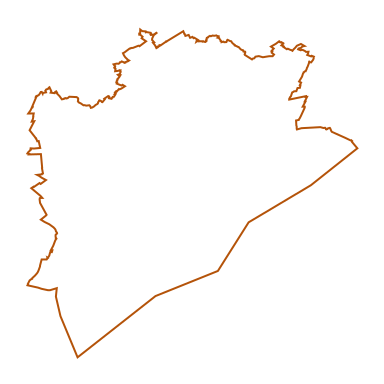 Waadhoeke, Friesland, Netherlands, rotated 179°
{"feature_id": "6326949B95625047897274", "entity_name": "Waadhoeke", "entity_type": "district", "adm_level": 2, "iso_a3": "NLD", "parent_name": "Netherlands", "parent_adm1": "Friesland", "projection": "robinson", "projection_center": [5.61, 53.246], "detail": "fine", "context": "isolated", "style": "outline", "palette": "amber", "viewbox_px": 384, "rotation_deg": 179, "n_neighbors": 0, "source": "geoboundaries", "source_scale": "gbopen_adm2", "svg_char_len": 6005}
<svg xmlns="http://www.w3.org/2000/svg" viewBox="0 0 384 384"><g transform="rotate(179 192 192)"><path d="M230.3,88.6L167.5,112.6L135.9,160.7L73.0,196.7L25.9,232.8L31.1,239.2L30.9,240.1L31.7,240.8L31.9,240.5L37.9,243.5L51.1,249.7L51.5,250.2L52.8,253.4L53.1,253.7L54.9,253.3L55.5,252.6L56.6,252.2L57.0,252.4L57.3,253.4L57.8,253.9L59.5,253.7L62.5,254.6L81.4,253.9L86.0,252.7L86.2,253.3L86.2,255.9L86.5,256.5L86.7,261.7L84.0,262.2L84.0,262.6L83.2,263.5L81.9,265.9L78.0,274.0L77.7,275.1L77.8,275.4L79.8,275.4L77.0,280.4L77.7,280.5L75.3,285.1L76.3,285.1L76.1,285.4L76.2,285.9L93.2,282.7L93.2,283.4L92.1,285.4L91.5,285.8L90.1,289.8L88.8,290.4L88.2,290.9L85.9,291.0L84.7,294.1L82.3,294.3L81.7,296.8L82.3,297.0L81.0,299.5L83.0,300.6L80.0,305.4L78.9,308.6L77.8,309.9L77.9,310.0L76.5,311.0L76.2,310.9L75.1,313.2L75.0,313.9L74.2,315.3L72.7,319.1L72.7,320.0L72.5,320.3L71.7,319.7L70.6,319.5L68.5,322.2L68.0,323.6L68.1,324.7L67.8,325.2L70.0,326.1L70.5,325.5L74.4,327.0L73.5,328.6L73.1,330.2L75.6,330.1L76.6,331.0L78.8,332.1L79.9,332.2L80.8,331.8L83.4,332.8L83.0,333.6L80.4,334.3L79.1,335.6L77.0,336.0L80.5,338.1L84.6,336.4L86.3,334.4L88.1,332.7L89.1,331.4L90.3,332.2L91.0,332.3L93.7,333.6L94.7,333.1L98.0,335.4L97.6,335.8L97.9,336.2L100.0,337.0L99.2,337.9L98.0,338.8L98.1,339.2L99.4,339.6L99.8,340.2L100.4,339.9L101.9,340.4L101.8,340.9L102.2,341.2L105.6,338.7L110.5,336.0L107.8,334.0L110.0,331.6L109.2,331.2L109.9,329.9L107.6,328.0L109.0,326.4L112.7,326.4L118.8,325.5L122.8,326.7L126.2,326.2L127.4,324.6L128.9,324.3L129.7,323.5L136.7,328.1L137.0,328.7L136.3,330.4L136.4,331.3L138.1,331.5L138.3,332.0L138.2,332.5L138.4,332.8L140.0,333.3L140.9,333.9L142.9,336.2L144.0,336.4L144.5,336.9L146.6,337.7L146.6,338.2L147.1,338.3L147.5,339.0L148.5,339.7L149.4,340.7L150.1,342.0L151.4,342.3L153.8,343.6L154.0,343.5L155.0,341.3L157.2,341.2L157.9,341.8L159.8,341.3L159.8,341.6L160.4,342.1L160.1,342.3L161.6,344.2L162.1,345.4L163.6,345.8L163.0,346.3L162.6,347.2L164.7,347.8L164.9,348.1L167.2,347.8L168.6,348.1L170.4,347.4L171.3,347.8L173.0,346.9L173.2,346.3L174.5,345.9L175.1,344.0L174.7,344.0L174.8,343.2L174.9,342.8L175.5,342.9L175.9,341.8L176.8,341.9L178.3,342.6L178.7,342.1L180.1,342.6L182.7,342.5L182.7,343.2L183.4,343.3L185.0,342.2L184.6,343.5L183.8,344.2L187.0,346.2L187.8,345.8L188.8,347.1L191.2,346.2L192.6,349.1L195.9,348.2L196.6,350.2L196.9,350.2L197.9,352.9L214.3,343.3L215.2,343.1L215.2,342.7L215.5,342.7L219.7,339.9L219.9,340.2L219.8,339.9L220.6,339.4L221.6,339.4L221.4,338.9L223.3,338.2L223.1,338.0L224.3,337.5L224.0,337.1L225.1,336.5L226.4,339.3L228.4,341.9L227.2,342.3L229.3,344.8L229.1,346.3L227.5,349.5L224.7,351.6L224.9,351.8L227.5,349.9L228.0,350.1L230.4,349.7L230.8,350.2L230.2,351.4L230.5,351.9L234.7,352.7L235.4,352.5L235.5,353.4L238.9,353.7L240.9,355.3L241.1,351.3L242.0,351.3L242.0,350.2L240.9,350.1L238.7,348.1L239.7,346.6L235.3,343.5L241.9,338.7L242.5,339.2L243.0,339.2L248.6,337.1L249.9,337.1L251.1,336.8L251.1,336.6L252.2,336.3L257.0,332.8L258.6,332.0L257.7,329.9L256.4,327.9L253.6,325.1L252.7,324.6L253.2,324.3L253.5,324.5L254.1,324.1L253.9,323.8L254.1,323.7L256.4,323.0L256.4,322.5L257.3,322.3L258.1,322.9L260.0,323.8L261.0,323.0L261.9,322.9L262.0,322.4L263.1,321.5L265.0,321.7L268.2,321.0L267.6,320.1L266.6,319.2L266.7,318.4L267.3,318.1L267.6,317.6L266.3,316.5L266.6,315.5L266.4,315.3L266.7,314.1L263.9,314.4L262.3,315.0L262.1,314.5L261.4,314.7L261.5,313.9L261.2,313.4L262.0,311.8L262.0,311.2L264.1,310.5L262.6,309.0L262.1,309.2L262.9,307.9L264.5,306.3L264.3,306.2L264.3,305.8L264.8,304.8L265.3,304.4L265.7,303.1L264.9,302.8L265.4,301.7L260.6,299.7L259.6,300.4L257.2,298.9L260.9,296.6L262.8,295.9L263.3,296.2L265.4,293.8L266.0,294.2L267.3,292.9L266.7,292.3L267.5,291.4L266.7,291.3L266.8,291.0L268.4,288.6L269.6,288.5L269.9,287.6L270.7,287.3L270.9,286.6L273.3,287.2L273.0,287.9L273.2,288.1L273.0,288.5L273.2,289.0L274.1,289.4L278.1,286.8L277.6,286.2L280.0,283.4L280.5,283.5L281.4,284.6L282.8,285.3L283.3,285.1L283.5,284.3L284.3,283.4L284.5,282.3L285.0,281.7L286.9,280.7L288.4,279.3L290.3,278.2L291.7,277.9L292.3,279.6L293.1,280.5L296.3,280.2L297.8,280.7L299.0,280.6L301.6,282.5L303.8,283.6L304.4,284.6L304.2,284.8L304.4,285.8L304.1,287.0L304.4,287.9L305.7,288.9L313.0,289.4L314.7,288.0L316.2,287.7L316.6,288.1L318.1,287.8L318.4,287.3L320.5,286.9L322.8,290.2L325.9,293.5L325.3,293.8L326.0,295.0L327.1,294.4L327.7,293.2L331.6,293.8L330.9,295.2L332.7,299.2L333.5,298.7L333.9,297.8L334.6,297.4L335.8,297.2L336.3,296.7L336.6,296.0L336.8,295.9L336.2,294.2L339.4,293.6L339.6,292.9L340.5,294.7L341.5,294.6L343.1,292.0L345.3,290.5L345.5,290.8L346.2,290.5L346.5,289.9L346.0,289.8L350.6,279.4L350.0,279.4L350.1,279.2L350.8,278.9L352.1,276.3L354.2,273.5L353.7,273.4L353.8,273.3L348.9,273.3L349.5,270.6L349.3,270.4L349.8,267.8L351.0,265.2L348.5,265.5L353.3,256.6L349.6,251.7L348.2,249.9L347.1,248.1L346.9,248.2L345.8,245.4L344.4,245.6L343.0,238.7L349.3,238.2L352.6,238.5L352.7,237.8L352.6,237.7L352.9,237.1L352.6,236.9L355.1,234.6L355.9,233.4L354.1,232.9L354.4,232.4L342.4,232.5L341.4,218.8L341.6,218.6L340.7,213.1L341.9,212.6L341.7,212.5L341.8,212.3L346.5,211.8L344.6,210.8L342.2,209.0L337.8,206.5L343.2,202.7L344.3,203.6L350.0,199.8L350.3,200.1L352.6,198.6L343.5,190.7L341.8,188.7L344.0,188.7L344.3,188.5L344.5,187.2L344.1,183.7L337.8,171.7L338.3,171.1L343.6,167.0L339.9,164.6L335.2,162.2L331.0,159.0L329.5,157.3L329.0,156.3L328.7,155.0L327.8,153.8L327.6,153.1L328.1,152.4L329.0,151.8L329.2,150.6L329.1,149.1L328.4,147.8L329.0,147.5L328.9,147.0L329.6,145.9L331.7,140.6L334.1,136.3L332.6,136.2L333.2,134.3L335.5,134.5L334.8,134.2L334.9,133.9L335.1,134.0L335.0,133.9L335.8,130.9L336.6,129.7L336.7,129.8L336.6,129.7L337.1,128.8L337.3,128.9L337.2,128.7L337.6,128.5L337.5,128.4L338.5,127.1L343.5,127.2L345.2,121.2L345.3,120.1L346.9,116.0L347.7,114.4L348.5,113.3L350.5,111.1L353.2,108.7L353.3,108.0L354.2,107.7L355.9,106.4L357.7,103.0L357.5,102.7L358.1,101.6L347.7,99.1L344.0,97.8L337.6,96.3L335.6,96.3L328.9,98.2L329.9,89.8L325.7,70.2L309.3,28.7L230.3,88.6Z" fill="none" stroke="#b45309" stroke-width="2"/></g></svg>